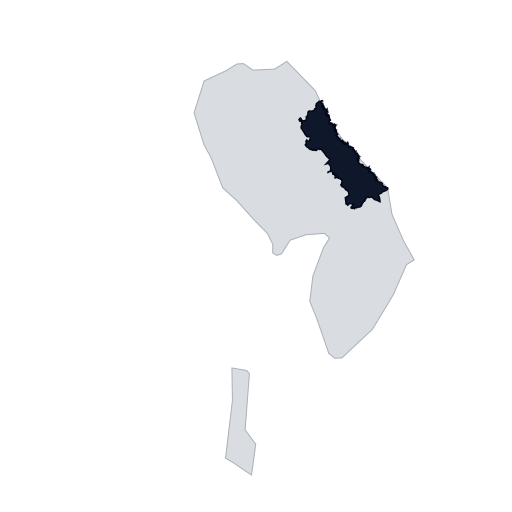 Jericho & Al Aghwar, West Bank, Palestine (highlighted), rotated 322°
{"feature_id": "87354302B18647900198549", "entity_name": "Jericho & Al Aghwar", "entity_type": "district", "adm_level": 2, "iso_a3": "PSE", "parent_name": "Palestine", "parent_adm1": "West Bank", "projection": "robinson", "projection_center": [35.498, 31.968], "detail": "fine", "context": "in_parent", "style": "filled", "palette": "ink", "viewbox_px": 512, "rotation_deg": 322, "n_neighbors": 0, "source": "geoboundaries", "source_scale": "gbopen_adm2", "svg_char_len": 6806}
<svg xmlns="http://www.w3.org/2000/svg" viewBox="0 0 512 512"><g transform="rotate(322 256 256)"><path d="M400.1,121.7L404.5,162.1L396.5,196.7L395.8,226.9L401.7,283.1L388.8,307.0L381.5,335.2L378.3,356.4L369.2,355.5L340.7,370.9L302.8,385.4L260.9,389.2L255.0,384.9L253.4,377.6L265.7,341.8L270.4,324.9L288.5,306.8L314.1,291.1L325.0,287.1L323.8,280.3L308.5,270.0L292.6,264.6L277.4,270.0L272.7,268.3L271.1,263.7L276.4,257.3L278.9,245.3L276.6,225.2L275.0,200.7L271.7,181.8L281.1,151.0L283.5,136.4L295.3,105.1L322.9,86.1L346.7,91.6L359.3,93.0L364.6,96.7L368.0,107.6L385.6,120.1L400.1,121.7ZM168.1,329.4L178.1,340.5L178.4,344.6L140.4,386.3L139.9,404.2L117.6,425.9L110.6,404.3L107.5,396.6L148.5,355.3L168.1,329.4Z" fill="#d9dde1" stroke="#a8b0b8" stroke-width="1"/><path d="M403.9,174.3L402.0,173.8L400.9,172.9L399.7,173.3L398.7,173.0L397.1,173.3L396.9,173.8L395.9,174.2L396.1,174.8L395.3,175.3L395.3,175.7L394.4,176.0L394.0,177.0L393.5,177.0L392.8,176.2L391.4,177.1L388.7,176.0L387.3,174.5L386.1,174.4L385.3,174.9L383.6,176.9L382.8,176.9L381.5,177.9L381.0,177.5L380.2,179.1L378.8,179.7L376.3,178.6L375.7,177.6L376.1,175.2L375.8,174.5L373.8,175.0L373.6,176.9L374.5,177.8L374.8,178.9L373.4,179.7L373.4,181.0L371.5,181.5L371.2,182.3L370.4,182.8L370.1,187.1L370.2,187.3L369.9,187.5L370.0,188.7L369.6,189.9L369.6,193.0L370.3,194.0L371.8,195.0L371.9,195.8L370.0,197.6L368.7,198.0L367.6,197.4L367.4,195.8L365.7,196.6L365.4,198.0L363.3,198.7L363.2,199.1L363.2,200.9L363.8,202.8L364.3,205.4L365.0,206.0L365.6,207.2L365.9,207.6L366.4,207.6L366.9,208.5L368.1,209.3L368.3,209.9L371.0,209.9L371.7,210.4L371.8,211.3L373.1,211.8L373.2,217.0L373.0,220.4L373.5,224.3L374.2,225.5L367.8,226.6L370.0,227.5L370.1,230.5L369.4,232.4L367.0,234.9L365.3,234.3L364.3,234.2L364.2,234.5L365.3,234.4L367.4,235.8L367.9,236.6L368.0,237.4L367.2,238.3L368.0,238.6L367.6,238.8L368.1,239.4L367.6,239.5L368.2,240.1L367.6,240.9L368.1,240.9L368.1,241.3L368.5,241.4L368.4,241.8L368.7,242.1L367.1,243.0L365.8,242.9L366.9,243.5L367.6,243.5L367.8,243.8L368.6,243.7L368.9,244.0L369.0,244.3L368.6,244.8L369.0,245.3L368.9,245.6L369.8,246.6L370.0,246.9L369.8,247.3L370.8,248.7L370.2,248.9L369.8,250.5L368.8,250.9L368.3,251.7L367.7,251.8L367.3,252.2L366.9,252.0L366.5,252.7L366.5,254.1L367.8,257.1L367.4,258.8L368.0,259.1L367.8,260.0L368.3,260.6L368.2,263.2L367.5,263.9L367.7,264.4L367.2,265.0L366.5,265.0L366.1,265.5L362.3,265.0L359.1,270.3L359.4,270.5L359.1,270.8L359.8,272.1L359.7,272.5L360.9,272.4L361.7,271.8L364.8,275.4L361.1,276.1L360.5,276.5L361.0,277.7L361.6,277.5L362.3,278.5L362.7,278.7L362.8,279.2L363.3,278.7L364.0,278.6L364.4,279.0L364.3,279.5L364.9,280.0L366.7,280.2L367.7,281.2L368.2,281.0L368.8,281.5L369.5,281.4L369.5,280.9L370.0,280.6L371.0,280.9L371.3,280.1L373.2,279.9L374.2,279.3L375.2,279.6L376.0,279.4L377.1,278.4L377.8,278.6L378.6,278.1L380.4,278.3L381.4,279.7L382.8,280.2L383.7,281.3L384.2,284.6L385.7,286.6L386.7,288.9L387.2,289.6L389.3,286.0L389.8,283.7L390.4,282.8L391.7,283.3L392.9,283.3L393.7,283.7L394.9,283.3L398.7,284.4L401.0,284.4L401.7,283.6L401.5,283.1L400.6,282.5L400.8,281.4L399.9,280.4L399.4,279.2L399.4,278.3L400.2,276.1L399.0,273.9L398.0,272.9L398.3,271.8L398.0,271.5L398.4,270.9L397.9,270.8L398.0,270.3L397.5,270.0L398.2,269.8L397.9,268.6L398.2,268.8L398.6,268.5L398.8,268.8L399.0,268.3L399.5,268.2L399.1,267.3L399.2,266.8L398.7,266.4L399.1,266.3L399.0,265.8L399.5,265.1L399.0,265.0L399.1,263.9L398.8,263.4L399.5,263.2L398.4,262.5L398.5,262.3L399.0,262.3L398.9,261.9L398.0,261.9L398.3,261.0L398.0,261.0L398.0,261.4L397.6,261.2L397.9,260.4L396.9,259.8L397.5,259.6L397.1,259.2L397.5,259.2L397.6,258.7L398.1,259.0L398.0,258.1L398.4,258.5L398.4,257.7L399.1,257.9L398.7,257.2L399.2,257.5L399.4,257.4L399.0,257.1L399.2,256.8L398.7,256.1L399.6,255.5L398.9,255.5L398.3,255.0L397.4,255.3L397.6,254.6L397.4,253.9L396.0,253.1L396.6,252.4L395.7,252.0L395.8,251.7L395.5,251.1L396.2,250.8L396.3,250.3L395.5,250.5L396.0,249.6L395.5,249.4L395.6,249.0L395.0,248.9L394.9,248.0L394.4,247.7L394.5,247.0L394.2,246.6L395.0,244.5L394.7,243.9L394.8,242.8L395.4,242.6L395.9,243.2L396.0,242.3L396.6,242.3L396.3,242.7L396.6,242.9L397.4,242.6L396.9,242.2L396.8,240.9L398.1,241.2L398.1,240.8L397.4,240.3L397.7,240.0L398.5,240.5L398.2,239.9L398.8,239.6L398.7,239.1L397.8,238.9L398.7,238.0L397.8,237.6L398.5,237.3L397.9,237.0L398.4,236.9L398.0,236.5L398.4,236.0L398.0,236.1L397.4,235.1L397.9,235.4L397.9,234.9L398.5,234.7L398.2,234.6L398.3,234.1L397.8,234.1L397.6,233.7L397.8,233.2L398.7,232.7L398.0,231.9L398.5,231.7L398.4,231.3L399.2,230.9L399.2,230.5L399.0,230.0L398.4,230.3L398.3,229.7L397.9,229.4L397.7,228.8L398.0,228.6L397.7,228.2L398.0,228.0L397.8,227.6L397.5,227.4L397.0,227.9L396.4,226.7L396.6,226.0L397.0,225.7L396.7,225.4L396.7,224.9L397.0,224.8L397.1,224.4L397.8,224.1L398.0,223.5L397.4,223.9L397.4,223.2L396.7,223.7L397.0,222.8L396.5,223.5L396.1,222.6L395.9,223.3L395.3,223.0L394.9,223.2L394.8,222.8L395.2,222.2L395.0,222.3L394.7,222.4L394.1,221.8L394.7,221.6L394.4,221.0L395.2,221.1L394.9,220.8L395.3,220.1L394.8,220.2L394.6,219.6L393.9,219.3L395.2,218.6L395.2,218.0L393.8,218.0L393.8,217.7L394.3,217.7L394.3,217.4L393.4,217.4L393.8,216.7L393.5,216.3L394.2,215.4L393.7,215.4L393.3,215.0L393.8,214.9L393.9,214.1L393.4,214.3L393.0,213.9L393.8,212.4L393.1,211.2L393.2,210.9L393.7,210.7L393.4,210.0L394.0,210.2L393.9,210.6L394.2,210.8L394.4,210.7L394.5,210.0L395.4,210.2L395.2,208.1L395.7,208.0L395.9,207.6L395.6,207.7L395.3,207.2L396.4,206.7L395.5,206.7L395.4,206.4L396.0,206.3L395.4,206.0L396.0,205.7L395.4,205.4L395.4,204.8L396.1,204.9L396.3,205.5L396.6,205.3L396.5,203.4L397.3,203.8L397.4,203.5L396.9,202.9L397.9,202.7L397.4,202.3L397.5,201.9L398.1,202.5L398.9,202.3L398.2,202.1L398.9,201.5L398.2,201.3L398.8,200.5L398.4,200.5L398.2,200.0L397.1,200.1L397.7,199.6L397.4,198.8L397.6,198.3L397.0,197.8L397.0,197.5L395.8,197.3L396.5,196.8L395.9,195.4L397.3,194.7L398.2,194.8L398.5,194.1L398.2,193.6L399.2,191.8L398.9,191.0L399.5,191.2L399.9,190.6L399.1,190.2L399.8,190.0L400.1,189.5L399.9,189.2L399.7,189.2L399.5,189.8L399.1,189.4L398.8,190.1L398.5,190.0L398.8,189.7L398.2,189.6L398.4,189.3L398.2,188.9L398.3,188.5L398.8,188.6L399.1,189.0L399.7,188.3L399.6,187.9L399.2,188.3L398.4,188.0L398.3,187.0L399.0,186.9L398.5,186.5L399.1,186.3L399.6,186.7L400.0,185.9L400.9,186.5L400.8,185.7L401.3,186.2L401.7,186.0L401.5,185.2L402.4,183.9L401.7,184.0L400.9,183.4L400.5,184.0L400.2,183.0L400.6,182.8L401.1,183.2L401.1,182.4L400.5,182.1L399.9,182.3L399.5,181.3L400.2,181.1L400.5,181.7L400.7,181.2L401.4,180.9L401.2,180.2L400.4,180.8L400.2,180.2L400.8,179.5L400.0,178.9L400.5,178.6L401.1,179.4L401.7,179.4L401.5,178.4L400.6,178.4L400.5,178.1L401.4,177.8L401.9,178.2L402.3,177.3L401.8,177.2L401.9,176.7L401.5,175.8L402.2,175.8L402.2,175.1L402.7,174.6L403.4,174.4L403.9,174.7L403.9,174.3Z" fill="#0f172a" stroke="#020617" stroke-width="1.5"/></g></svg>